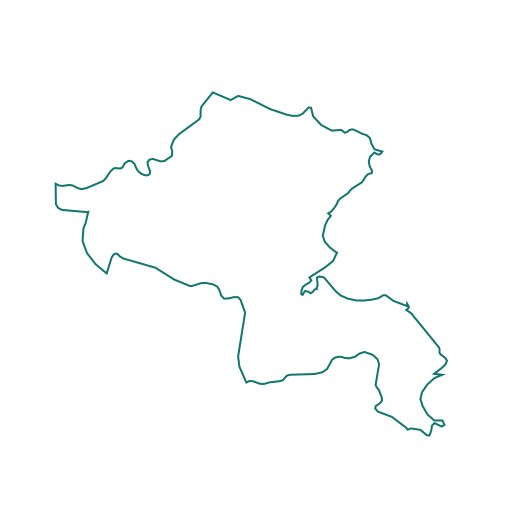 map outline of Cagliari (Equal Earth projection), rotated 277°
{"feature_id": "ITA-5378", "entity_name": "Cagliari", "entity_type": "Province", "adm_level": 1, "iso_a3": "ITA", "parent_name": "Italy", "parent_adm1": "", "projection": "equal_earth", "projection_center": [9.117, 39.391], "detail": "fine", "context": "isolated", "style": "outline", "palette": "teal", "viewbox_px": 512, "rotation_deg": 277, "n_neighbors": 0, "source": "natural_earth", "source_scale": "10m", "svg_char_len": 3070}
<svg xmlns="http://www.w3.org/2000/svg" viewBox="0 0 512 512"><g transform="rotate(277 256 256)"><path d="M413.1,193.2L407.7,211.8L412.7,218.8L411.0,231.2L403.5,252.2L400.0,269.4L399.5,275.2L400.4,281.0L402.9,284.9L409.8,290.1L409.8,292.6L401.6,295.7L394.0,304.7L389.7,315.8L391.5,325.4L389.2,328.9L390.1,331.2L392.3,333.3L393.5,336.0L392.9,339.0L390.1,346.9L389.5,350.9L386.9,354.7L381.4,357.0L376.3,360.6L375.1,368.6L372.8,367.3L371.7,365.9L371.8,363.9L373.1,360.8L368.4,357.1L363.7,356.4L359.1,357.8L354.6,360.8L352.4,360.8L350.9,357.2L348.2,355.1L342.1,352.2L334.5,343.0L332.8,341.6L329.8,339.9L323.0,332.3L320.4,330.6L317.3,329.8L313.1,327.8L309.3,325.2L307.1,322.5L305.0,325.4L300.8,322.8L295.1,320.9L284.3,319.8L278.6,322.5L273.7,328.0L270.3,333.5L269.2,336.0L260.5,333.1L253.4,326.3L241.3,311.7L238.5,313.9L236.0,312.1L233.6,308.8L231.0,306.3L226.7,305.3L223.6,305.6L223.1,307.0L227.1,308.8L227.1,311.7L225.7,314.9L227.4,316.8L229.9,318.2L230.7,320.2L231.0,319.8L234.4,320.8L241.9,319.1L243.3,321.2L243.3,324.4L243.1,326.0L230.9,339.2L227.2,344.6L224.9,352.2L224.1,361.0L225.0,368.8L226.7,375.9L228.9,382.4L230.7,384.8L232.5,386.9L232.8,389.7L228.1,398.0L224.8,411.8L227.1,411.8L223.9,414.1L222.9,413.7L220.7,411.8L218.2,416.8L187.6,448.7L185.6,449.6L182.4,449.9L180.9,451.1L177.6,456.7L175.2,458.3L171.6,457.3L167.5,454.0L160.8,447.2L160.8,455.3L156.4,447.8L149.1,441.5L141.0,437.4L134.1,436.6L127.5,439.6L119.7,445.4L114.5,452.9L115.5,461.0L111.3,463.7L109.4,461.0L111.9,453.5L109.0,451.3L103.7,451.2L98.9,449.9L99.0,447.2L103.5,440.4L103.7,430.7L102.1,427.8L103.9,425.9L112.9,410.4L116.4,395.9L119.2,392.9L121.6,393.1L125.6,397.5L127.9,398.7L130.8,398.1L138.0,394.3L140.3,391.9L142.6,390.4L163.5,391.4L168.3,389.2L172.0,384.0L174.0,375.4L171.7,370.5L168.0,366.5L165.7,360.6L165.7,356.4L166.2,353.4L166.2,350.5L164.7,346.7L162.3,344.2L152.5,340.3L148.7,336.1L146.0,328.5L142.3,304.4L141.3,301.8L140.1,300.5L137.0,298.6L135.7,297.2L134.5,294.3L132.3,285.0L130.3,280.4L129.7,278.0L129.7,275.4L131.3,268.2L131.2,264.8L129.2,261.9L144.1,253.0L154.1,250.5L198.4,252.1L210.5,246.1L212.9,243.2L212.5,239.0L210.6,234.1L209.8,229.5L212.6,226.2L217.6,223.9L220.8,221.4L222.5,217.4L223.1,210.6L222.9,207.5L222.3,204.7L218.4,196.1L218.1,194.3L222.7,177.6L232.1,157.6L237.4,124.4L238.8,121.2L241.1,118.2L241.4,116.9L240.8,115.3L239.6,114.2L236.8,112.9L220.5,109.9L228.3,97.8L238.3,87.9L249.8,82.0L262.0,81.4L265.9,82.2L267.1,82.8L279.4,84.1L279.0,83.1L278.1,58.4L278.7,55.8L279.8,53.6L283.0,51.1L303.3,48.3L302.0,51.9L301.9,55.0L303.7,61.9L303.7,65.1L301.5,71.4L301.1,74.5L302.6,79.2L311.7,95.1L314.7,97.4L322.1,101.1L325.5,104.0L326.2,105.7L326.2,109.7L326.7,111.5L327.9,112.8L332.2,114.6L334.9,117.8L334.8,121.1L332.9,123.9L327.6,127.1L325.6,129.0L324.0,131.4L322.9,134.4L322.6,137.2L323.2,139.3L324.6,140.6L326.8,140.7L332.7,137.7L335.7,136.9L338.6,138.4L339.8,141.8L338.3,149.9L339.1,153.5L345.1,160.3L349.2,160.2L353.7,158.4L361.1,160.1L367.2,164.4L384.5,182.7L387.4,184.0L394.7,183.2L398.0,183.8L413.1,193.2Z" fill="none" stroke="#0f766e" stroke-width="2"/></g></svg>